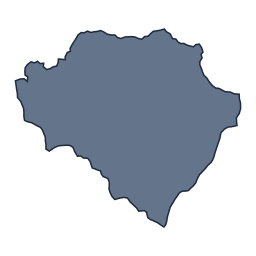 outline of Urupês, São Paulo, Brazil
{"feature_id": "56859067B23946019327123", "entity_name": "Urupês", "entity_type": "district", "adm_level": 2, "iso_a3": "BRA", "parent_name": "Brazil", "parent_adm1": "São Paulo", "projection": "natural_earth1", "projection_center": [-49.27, -21.219], "detail": "fine", "context": "isolated", "style": "filled", "palette": "slate", "viewbox_px": 256, "rotation_deg": 0, "n_neighbors": 0, "source": "geoboundaries", "source_scale": "gbopen_adm2", "svg_char_len": 2243}
<svg xmlns="http://www.w3.org/2000/svg" viewBox="0 0 256 256"><path d="M230.5,92.1L227.7,91.9L224.9,91.6L222.0,90.0L218.7,88.3L215.8,88.1L212.6,85.8L209.3,82.0L206.6,77.7L204.0,75.4L202.5,71.9L201.4,68.5L199.8,64.7L199.9,61.5L202.1,57.9L201.0,54.4L203.0,52.1L201.6,47.7L199.3,44.1L195.9,44.6L193.4,46.8L190.0,46.0L186.5,44.9L183.9,43.4L180.9,43.6L178.1,42.1L175.8,39.0L172.6,38.7L170.2,33.9L166.5,31.8L164.4,29.0L160.7,30.1L156.3,30.9L153.3,31.3L150.3,33.9L148.2,36.2L144.7,36.5L141.8,39.2L138.4,38.5L135.2,37.1L132.4,36.7L129.3,36.7L125.0,37.0L121.0,38.5L117.5,37.6L115.0,35.0L110.7,34.9L107.1,34.1L104.0,32.1L100.5,30.5L97.5,31.4L93.8,31.8L90.9,32.5L87.5,31.1L83.9,32.9L81.3,32.5L78.0,34.9L76.3,38.1L74.1,41.5L71.9,45.0L70.1,48.3L70.4,51.3L67.3,52.4L65.2,56.7L65.1,59.7L62.1,59.3L58.4,59.0L58.2,62.4L56.6,66.1L53.1,66.8L50.4,68.5L46.8,69.6L43.3,66.7L43.7,63.2L40.1,63.6L37.5,61.3L34.5,62.9L31.1,61.8L27.5,64.5L25.2,67.7L24.9,71.6L25.1,75.2L27.7,76.7L27.3,81.4L24.2,78.8L20.3,79.0L15.4,80.8L16.0,84.6L16.5,88.5L17.4,93.6L17.5,97.5L20.7,101.4L22.2,105.1L23.6,108.5L23.9,111.9L23.9,116.4L24.5,120.3L26.8,121.5L31.8,122.8L36.0,125.2L40.5,127.4L42.4,130.0L43.6,132.9L45.3,137.2L45.4,141.2L46.0,144.7L45.9,149.1L49.2,151.1L54.9,147.3L58.5,145.9L61.8,145.5L66.4,145.2L70.0,145.5L73.0,147.3L74.7,151.6L77.4,156.2L80.9,156.0L83.3,158.0L87.8,158.3L90.1,161.5L91.2,165.0L92.3,168.0L95.1,169.0L97.8,170.1L100.5,170.9L101.3,173.9L103.1,176.5L107.9,178.5L109.4,182.7L109.0,189.0L110.1,192.6L111.9,196.3L114.8,199.5L119.6,198.1L123.8,197.4L127.5,198.0L130.1,201.9L134.0,205.5L136.6,208.0L138.8,211.2L144.4,210.6L146.5,212.2L147.8,217.6L150.4,219.6L153.1,220.6L157.4,222.6L160.7,224.9L163.9,227.0L165.7,224.8L166.8,220.8L167.2,217.6L169.0,211.2L170.2,207.2L173.0,202.6L174.9,199.3L177.4,195.8L179.4,192.9L182.3,191.1L185.2,191.1L188.3,190.6L190.9,188.0L193.5,185.7L195.9,182.5L197.3,178.8L199.5,174.6L202.4,171.6L205.3,168.6L207.5,165.7L211.2,162.2L212.7,159.9L214.0,156.5L215.1,152.4L216.7,147.5L218.2,143.2L219.8,138.5L220.9,132.9L224.5,129.0L228.2,127.0L231.2,126.8L234.2,126.2L237.0,125.5L236.6,122.1L236.4,117.8L239.2,113.6L240.6,108.5L240.5,103.0L239.4,98.9L239.2,94.2L234.1,93.8L230.5,92.1Z" fill="#64748b" stroke="#1e293b" stroke-width="1.5"/></svg>